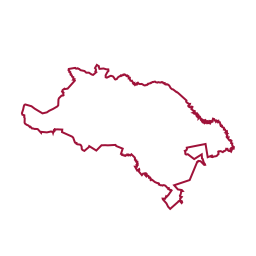 the district of Teapa, Tabasco, Mexico, rotated 133°
{"feature_id": "50627088B17236801966727", "entity_name": "Teapa", "entity_type": "district", "adm_level": 2, "iso_a3": "MEX", "parent_name": "Mexico", "parent_adm1": "Tabasco", "projection": "orthographic", "projection_center": [-92.975, 17.62], "detail": "fine", "context": "isolated", "style": "outline", "palette": "rose", "viewbox_px": 256, "rotation_deg": 133, "n_neighbors": 0, "source": "geoboundaries", "source_scale": "gbopen_adm2", "svg_char_len": 5668}
<svg xmlns="http://www.w3.org/2000/svg" viewBox="0 0 256 256"><g transform="rotate(133 128 128)"><path d="M70.6,84.9L70.2,87.7L71.4,88.0L72.4,89.3L72.4,89.7L71.1,89.5L70.8,89.9L72.0,90.1L72.4,90.9L71.3,90.5L70.2,90.9L70.7,91.9L71.0,94.5L70.4,94.9L69.4,94.8L68.6,95.3L68.9,96.0L70.3,96.6L70.8,97.2L71.0,98.3L70.8,99.0L70.6,99.1L69.2,98.6L68.2,99.1L68.7,99.5L68.8,100.6L69.2,101.4L69.1,103.4L68.0,104.0L68.2,115.6L68.5,116.6L68.4,117.0L68.7,117.2L69.0,121.2L69.6,122.3L69.7,124.0L68.9,126.6L68.9,128.1L69.3,128.7L69.4,129.5L70.2,129.7L70.7,130.6L70.7,131.2L70.1,131.7L70.4,132.2L71.1,132.6L70.9,133.9L71.5,134.3L71.5,134.7L72.8,135.4L73.9,137.2L74.8,137.5L75.6,139.0L75.6,139.8L76.1,140.3L77.2,140.9L77.7,141.5L79.3,141.8L79.5,142.2L80.2,142.2L80.9,142.9L81.9,143.1L82.1,143.5L83.2,143.3L84.0,144.1L84.6,144.1L85.7,145.1L86.4,148.0L87.7,149.2L88.3,150.3L88.1,151.7L88.7,151.9L88.8,151.3L90.2,151.1L90.8,151.7L90.9,152.3L91.8,152.3L91.7,152.7L91.0,152.7L91.8,153.5L90.9,154.1L91.9,154.6L91.8,155.1L91.3,155.4L90.8,157.3L91.2,157.4L91.7,158.6L90.9,160.2L90.2,160.8L90.5,161.0L90.4,161.5L91.0,161.6L90.2,162.5L90.4,162.7L90.3,163.3L89.9,163.4L90.1,164.5L91.0,164.6L90.9,166.4L91.3,167.3L91.6,167.5L91.7,167.1L92.2,167.2L93.0,168.0L93.8,168.2L93.9,168.7L94.3,169.1L95.0,168.7L95.7,169.4L97.9,169.9L99.8,169.6L101.1,170.3L101.3,170.9L101.0,171.6L100.5,173.9L101.1,175.5L101.7,176.3L105.6,177.8L106.1,178.9L104.7,180.3L101.3,181.2L99.6,181.2L98.6,182.4L99.9,183.9L101.1,186.4L104.2,189.2L103.3,191.0L102.7,191.4L103.1,193.8L106.7,193.0L106.9,191.7L107.5,190.9L108.9,190.4L108.8,189.3L112.9,189.7L113.2,190.1L113.7,191.3L114.2,194.3L116.0,196.3L116.0,198.7L118.1,202.2L118.1,203.9L118.7,204.9L118.6,205.5L119.9,206.3L120.2,207.0L120.0,207.5L120.5,208.0L125.1,211.5L125.4,211.1L126.1,211.1L126.4,210.8L126.4,209.6L127.0,209.1L126.5,208.4L127.1,207.8L127.2,206.9L127.9,206.7L128.2,206.2L127.8,205.0L128.4,204.3L128.6,203.8L128.1,202.7L129.3,201.6L128.9,200.7L130.0,200.8L129.4,199.8L129.6,199.2L140.4,199.0L142.9,201.0L142.8,201.3L144.8,201.7L145.5,201.4L145.8,200.9L146.3,201.0L146.5,200.3L146.0,199.7L146.1,199.2L147.0,198.9L148.0,197.5L148.7,197.7L149.6,198.7L153.4,198.8L154.7,198.2L159.0,194.5L160.4,194.4L165.1,195.8L169.2,197.4L171.9,198.0L175.6,200.5L177.5,209.4L177.9,213.4L180.8,219.1L181.6,219.5L183.0,219.1L186.0,217.3L189.5,215.7L190.3,214.3L189.4,212.5L190.2,211.7L190.8,211.5L191.3,210.2L194.5,207.4L195.0,206.5L194.8,204.4L194.1,202.5L194.2,200.3L193.6,200.2L193.8,197.8L193.2,197.3L192.2,195.3L191.6,194.9L190.4,193.3L190.8,188.2L189.9,188.7L186.5,184.3L183.0,181.9L182.3,180.0L182.6,179.5L180.4,180.6L180.2,180.0L180.4,179.7L180.0,179.7L179.5,180.0L179.3,180.7L178.8,180.8L178.2,179.6L177.4,179.0L174.0,175.0L176.0,173.5L172.5,163.2L172.4,161.6L174.8,156.9L174.1,155.5L174.7,155.2L174.5,154.0L172.9,151.8L172.7,150.9L173.2,149.3L174.8,147.6L175.1,146.3L174.5,144.3L168.7,143.6L167.7,144.0L166.1,135.8L158.7,135.6L155.9,132.7L154.4,130.9L148.9,125.6L149.2,124.3L146.7,117.8L151.7,115.5L151.1,114.1L151.7,113.9L150.4,111.2L149.8,111.5L148.8,110.2L147.9,110.5L147.6,109.0L146.9,109.2L146.5,107.6L144.9,107.6L145.0,102.9L145.8,101.7L146.0,101.8L146.4,101.4L146.1,101.1L146.7,100.1L146.2,99.7L147.0,98.9L146.3,98.1L147.1,97.3L147.3,97.6L148.1,96.9L147.7,96.4L148.5,95.7L149.2,96.5L149.5,96.1L149.3,95.8L150.2,95.1L151.5,96.5L152.8,92.4L150.5,91.8L151.0,91.1L152.3,91.4L153.0,85.7L151.0,85.8L150.2,84.9L149.4,84.7L148.8,83.7L148.9,82.9L149.8,82.2L150.1,82.4L149.8,83.5L150.7,83.4L150.9,81.5L149.6,81.5L149.1,80.4L150.1,78.6L149.8,78.3L149.3,78.6L149.1,78.3L149.4,77.1L150.6,76.1L150.6,75.7L149.6,75.6L149.4,74.9L149.2,71.6L148.5,69.5L147.5,67.9L147.6,67.3L148.3,66.9L147.7,65.2L146.8,64.2L146.6,63.5L145.7,63.2L145.0,62.2L144.7,61.2L144.9,58.4L144.2,57.2L145.2,56.7L144.6,55.7L144.7,54.8L144.0,54.3L143.9,53.6L149.3,52.8L152.0,52.8L152.0,53.5L154.4,52.6L156.0,54.5L156.4,53.9L156.9,48.5L158.2,45.0L158.4,42.0L148.0,41.0L147.0,41.1L146.5,40.8L146.1,39.9L146.3,37.6L145.4,37.7L144.8,38.8L145.5,40.4L143.9,41.8L142.5,41.6L141.8,41.7L142.5,43.1L142.2,43.8L140.3,44.4L138.0,45.9L136.8,45.0L136.7,46.4L138.9,49.6L138.4,55.2L124.0,47.4L106.3,54.0L105.0,53.9L105.1,54.2L104.1,54.1L102.8,52.3L103.0,47.1L102.3,46.5L102.0,47.0L101.6,49.0L99.7,52.3L99.8,53.1L97.0,56.1L105.6,58.4L106.4,66.4L107.7,67.3L107.9,68.1L107.2,69.2L106.3,69.7L106.0,70.8L104.1,70.2L103.1,70.6L102.3,71.6L86.8,60.4L95.0,49.8L90.9,47.8L91.1,47.1L92.0,46.9L91.6,46.3L90.2,45.7L88.6,44.4L87.4,44.0L85.9,44.2L85.5,44.0L84.0,45.3L83.9,45.8L83.4,45.9L81.7,44.4L81.0,42.2L79.5,42.1L79.2,41.7L77.8,41.4L76.8,41.5L76.2,42.0L75.4,41.1L76.1,39.8L76.1,38.9L75.9,38.3L75.0,37.7L75.0,36.5L72.8,37.3L72.8,37.9L73.3,38.8L72.1,38.9L71.5,38.6L71.4,36.9L71.1,36.6L69.7,37.6L69.9,38.6L69.4,40.3L68.2,41.2L68.7,42.4L66.7,43.7L66.9,44.8L67.2,45.0L67.7,44.8L67.9,45.1L67.7,46.9L67.1,47.7L66.2,48.1L66.7,48.7L67.4,48.8L67.3,49.7L66.8,50.1L65.7,50.3L65.4,51.7L64.3,51.5L64.7,53.0L63.8,52.5L63.0,53.4L64.1,53.8L63.3,54.3L63.4,55.1L63.0,55.9L63.7,56.8L62.7,57.5L62.4,58.1L63.1,59.7L62.3,60.7L63.1,61.4L62.4,61.9L62.7,62.7L62.0,63.3L61.2,64.9L62.3,65.9L61.3,66.4L61.0,66.9L61.6,67.3L63.4,67.8L62.5,68.8L63.3,69.4L62.7,71.1L63.2,72.2L64.2,71.7L65.6,70.5L66.1,70.7L66.0,71.6L66.6,72.4L66.8,71.6L68.7,71.0L68.9,71.9L70.0,72.9L69.3,73.8L69.0,72.7L68.4,72.4L68.4,74.3L69.2,75.0L70.3,74.6L69.5,76.6L70.8,76.7L71.0,76.3L70.9,75.5L71.7,75.0L72.2,75.2L71.5,76.3L71.8,76.5L72.5,76.2L72.9,77.1L72.8,78.1L72.6,78.6L71.1,78.5L72.4,80.0L72.2,80.5L71.3,80.3L71.5,81.4L70.7,83.1L71.1,83.7L72.3,83.0L72.9,83.0L72.1,83.7L72.6,84.9L72.4,86.2L72.2,86.5L71.8,86.2L72.0,84.3L71.7,84.0L70.6,84.9Z" fill="none" stroke="#9f1239" stroke-width="2"/></g></svg>